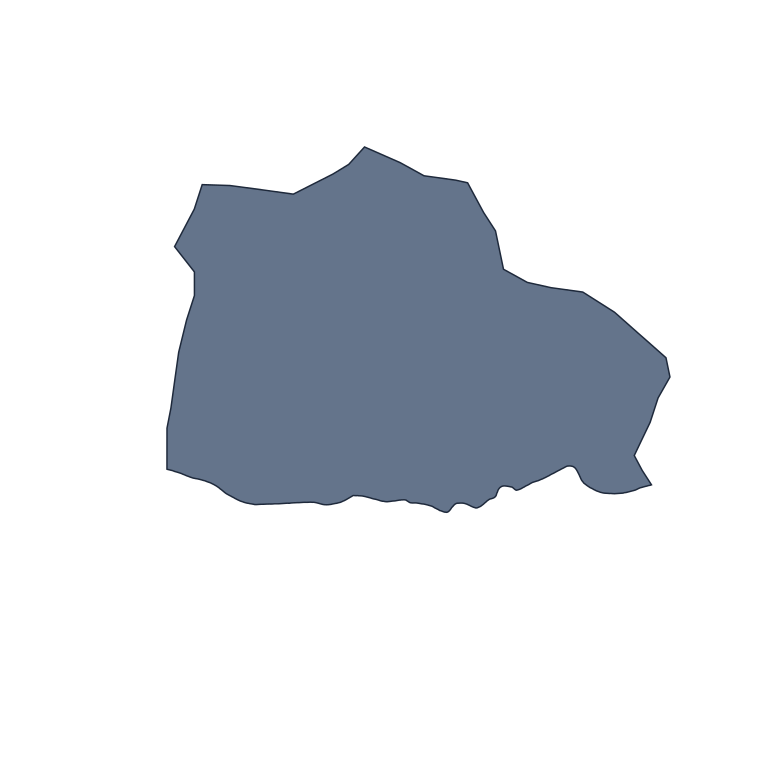 Uiju, P'yŏngan-bukto, North Korea (orthographic projection), rotated 221°
{"feature_id": "82179303B2030756807209", "entity_name": "Uiju", "entity_type": "district", "adm_level": 2, "iso_a3": "PRK", "parent_name": "North Korea", "parent_adm1": "P'yŏngan-bukto", "projection": "orthographic", "projection_center": [124.548, 40.203], "detail": "fine", "context": "isolated", "style": "filled", "palette": "slate", "viewbox_px": 768, "rotation_deg": 221, "n_neighbors": 0, "source": "geoboundaries", "source_scale": "gbopen_adm2", "svg_char_len": 5847}
<svg xmlns="http://www.w3.org/2000/svg" viewBox="0 0 768 768"><g transform="rotate(221 384 384)"><path d="M652.0,415.2L641.9,391.5L632.2,350.3L600.6,344.2L585.1,326.4L575.0,302.8L559.8,273.3L544.4,249.6L529.0,226.0L518.8,208.3L491.9,177.3L491.4,177.5L489.7,178.4L488.3,179.1L486.8,179.9L484.5,180.7L482.9,181.5L481.3,182.2L479.9,182.8L478.2,183.5L476.5,184.0L475.2,184.5L473.9,184.9L472.6,185.3L471.2,185.9L469.4,186.5L468.0,187.1L466.5,187.7L465.1,188.5L464.0,189.1L462.8,189.9L461.5,190.6L460.1,191.3L458.7,192.0L457.1,192.7L455.6,193.5L453.7,194.1L452.0,194.8L450.3,195.5L448.7,195.9L447.2,196.3L446.0,196.6L444.8,196.8L443.5,197.1L442.1,197.2L441.0,197.4L439.8,197.4L438.5,197.4L437.0,197.6L436.4,197.5L435.2,197.6L433.4,197.6L431.8,197.7L430.4,197.9L429.1,198.2L427.6,198.5L426.2,198.9L424.5,199.2L423.2,199.6L421.3,199.9L419.8,200.3L418.5,200.6L417.2,201.0L415.7,201.4L414.5,201.9L413.4,202.4L412.0,202.9L410.9,203.4L410.1,203.8L409.1,204.3L407.9,205.1L406.7,205.7L405.5,206.5L404.3,207.2L403.7,207.6L402.8,208.0L401.9,208.7L401.1,209.4L400.3,210.2L399.3,211.2L398.4,212.1L397.5,212.9L396.4,213.9L395.3,214.9L394.1,216.1L393.0,217.1L391.8,218.2L390.5,219.3L389.3,220.4L388.3,221.5L387.4,222.3L386.6,223.0L385.8,223.7L384.8,224.6L383.8,225.6L382.8,226.6L381.9,227.5L381.0,228.4L380.1,229.3L379.1,230.3L378.3,231.0L377.2,231.9L376.1,233.2L374.8,234.5L373.9,235.4L372.8,236.4L371.7,237.5L370.8,238.3L370.2,238.8L369.1,239.9L368.0,241.0L367.1,241.9L366.1,242.8L364.8,243.9L363.7,244.9L362.7,245.9L361.7,246.8L360.6,247.6L359.5,248.6L358.4,249.3L357.2,250.0L356.0,250.6L354.8,251.2L353.5,251.8L352.3,252.4L350.9,253.1L349.3,254.2L348.1,255.2L347.1,256.1L346.1,257.2L345.0,258.4L344.1,259.7L343.3,260.7L342.3,262.0L341.4,263.0L340.7,264.1L339.9,265.2L339.2,266.2L338.6,267.5L338.1,268.7L337.5,269.8L337.0,271.1L336.5,272.4L336.0,274.0L335.5,275.4L335.1,276.7L334.6,278.0L334.3,279.3L333.9,279.8L333.4,280.2L332.7,280.7L332.0,281.3L331.3,281.9L330.7,282.5L329.7,283.1L328.6,284.0L327.7,284.7L326.7,285.4L325.4,286.1L324.2,286.8L323.1,287.3L322.0,287.9L320.9,288.4L319.6,289.1L318.5,289.5L317.4,290.0L316.2,290.6L314.9,291.4L313.9,291.9L312.6,292.5L311.5,293.0L310.4,293.4L309.4,293.9L308.4,294.4L307.4,295.2L306.3,295.8L305.4,296.4L304.5,297.1L303.8,297.8L303.2,298.5L302.5,299.2L302.0,299.8L301.4,300.5L300.8,301.2L300.1,301.9L299.3,302.7L298.5,303.6L297.9,304.4L296.9,305.6L296.2,306.5L295.3,307.3L294.8,308.0L294.1,308.6L293.3,309.4L292.6,310.0L291.8,310.5L291.0,310.9L290.2,310.9L289.1,311.1L288.3,311.2L287.4,311.3L286.7,311.5L286.0,311.8L285.3,312.3L284.6,312.8L283.9,313.4L283.2,314.1L282.5,314.7L281.8,315.3L281.3,315.6L280.4,316.2L279.1,317.0L277.9,317.7L276.7,318.4L275.5,319.3L274.1,320.1L272.9,320.7L271.8,321.3L270.6,321.8L269.4,322.4L268.5,322.8L267.7,323.2L266.9,323.4L266.0,323.6L265.1,323.7L264.0,323.9L263.1,324.2L262.2,324.4L261.4,324.6L260.6,324.9L260.1,324.9L259.3,325.0L258.6,325.2L258.0,325.6L257.2,325.9L256.3,326.2L255.3,326.6L254.5,326.9L253.9,327.3L253.4,327.7L252.9,328.0L252.4,328.4L252.0,329.1L251.7,329.8L251.6,330.5L251.5,331.2L251.5,332.3L251.6,333.6L251.8,334.9L251.8,335.9L251.7,336.9L251.8,337.8L251.7,338.8L251.6,339.8L251.3,340.6L251.1,341.3L250.7,341.8L250.2,342.4L249.6,342.9L249.0,343.5L248.3,344.2L247.6,344.8L247.0,345.3L246.3,345.9L245.4,346.4L244.5,346.9L243.5,347.3L242.6,347.7L241.5,348.0L239.8,348.5L238.7,348.8L238.0,348.9L237.2,349.2L236.6,349.4L235.8,349.6L235.0,350.0L234.3,350.3L233.7,350.5L233.2,350.9L232.8,351.2L232.4,351.7L232.1,352.3L231.8,353.0L231.5,353.6L231.1,354.4L230.8,355.2L230.6,356.1L230.4,357.2L230.1,358.5L230.0,359.7L229.8,361.0L229.6,362.1L229.5,363.4L229.3,364.3L229.1,364.9L229.0,365.6L228.7,366.3L228.4,367.0L227.9,367.6L227.5,368.2L227.1,368.9L226.7,369.6L226.4,370.3L226.2,371.0L226.1,371.8L226.1,372.1L226.1,372.6L226.2,373.3L226.5,374.1L226.6,374.3L227.0,375.1L227.3,375.9L227.4,376.5L227.7,377.3L228.1,378.2L228.4,379.2L228.5,380.2L228.6,381.3L228.5,382.2L228.2,383.2L228.0,383.9L227.6,384.6L227.1,385.2L226.6,385.8L226.0,386.3L225.3,386.8L224.6,387.3L223.8,387.8L223.0,388.3L222.2,388.8L221.4,389.2L220.6,389.7L219.9,390.1L219.0,390.3L217.7,390.3L217.1,390.3L216.2,390.3L215.2,390.4L214.5,390.6L214.1,391.1L213.5,391.9L212.9,392.9L212.3,394.0L211.7,395.3L211.3,396.7L210.6,398.3L210.2,399.8L209.4,401.6L208.8,403.0L208.3,404.7L208.0,405.5L207.4,407.1L206.6,408.4L205.8,409.7L205.1,410.9L204.3,412.0L203.6,413.5L202.8,415.2L202.1,416.4L201.6,417.7L201.0,419.0L200.4,420.5L199.9,421.8L199.3,423.1L198.9,424.5L198.4,425.9L197.7,427.4L197.1,428.9L196.7,430.1L196.2,431.4L195.8,432.5L195.3,433.7L194.8,434.9L194.4,436.1L193.9,437.3L193.5,438.2L193.1,439.3L192.7,440.4L192.3,441.4L191.8,442.3L191.0,443.1L190.1,444.0L189.0,444.8L187.9,445.4L187.0,445.8L186.1,445.9L185.0,446.0L184.0,445.9L182.4,445.5L180.9,445.0L179.4,444.4L178.2,443.9L177.1,443.5L176.2,443.0L175.0,442.5L174.0,442.0L172.9,441.5L171.9,441.1L170.7,440.8L169.4,440.6L168.2,440.3L166.8,440.4L165.3,440.5L163.7,440.6L162.3,440.8L160.5,441.0L158.8,441.5L158.1,441.7L156.3,442.0L155.0,442.4L153.6,442.7L152.4,443.2L150.9,443.8L149.7,444.2L148.6,444.8L147.2,445.5L146.1,446.2L144.9,447.1L143.5,448.2L142.1,449.2L141.0,450.2L139.5,451.3L138.1,452.4L136.9,453.6L135.8,454.7L134.7,455.8L133.3,457.2L132.0,458.5L131.3,459.7L130.2,460.8L129.1,462.4L128.0,464.0L127.0,465.5L125.8,467.2L124.7,468.9L124.0,470.5L123.3,472.2L122.6,473.7L121.6,475.1L120.7,476.5L119.7,478.0L118.6,479.5L117.8,480.8L116.6,482.3L116.0,483.4L132.5,488.2L148.2,494.2L153.1,511.9L158.0,529.7L168.0,553.3L172.7,576.6L172.8,576.9L188.4,588.8L209.5,589.0L225.4,589.1L257.1,589.4L294.3,583.8L321.1,566.3L342.5,554.7L369.1,549.0L400.3,572.7L421.4,578.8L452.9,590.7L463.6,584.9L490.4,567.4L516.9,561.7L554.2,550.1L554.7,526.6L560.3,508.9L577.0,467.8L603.8,450.3L630.5,432.7L652.0,415.2Z" fill="#64748b" stroke="#1e293b" stroke-width="1.5"/></g></svg>